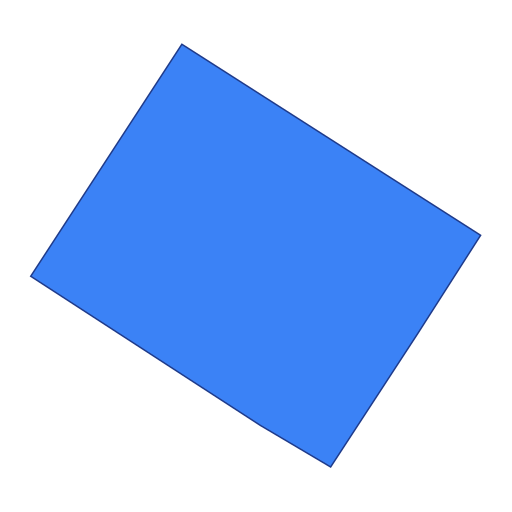 outline of Davison, South Dakota, United States of America, rotated 303°
{"feature_id": "52423323B35289781006587", "entity_name": "Davison", "entity_type": "district", "adm_level": 2, "iso_a3": "USA", "parent_name": "United States of America", "parent_adm1": "South Dakota", "projection": "equal_earth", "projection_center": [-98.192, 43.675], "detail": "fine", "context": "isolated", "style": "filled", "palette": "blue", "viewbox_px": 512, "rotation_deg": 303, "n_neighbors": 0, "source": "geoboundaries", "source_scale": "gbopen_adm2", "svg_char_len": 252}
<svg xmlns="http://www.w3.org/2000/svg" viewBox="0 0 512 512"><g transform="rotate(303 256 256)"><path d="M116.3,78.1L116.3,352.0L119.7,433.5L279.3,433.9L395.7,433.1L393.2,78.5L116.3,78.1Z" fill="#3b82f6" stroke="#1e3a8a" stroke-width="1.5"/></g></svg>